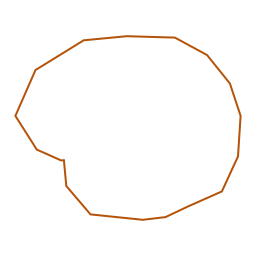 the district of Kaoze, Katanga, Democratic Republic of the Congo
{"feature_id": "63176286B47747519497786", "entity_name": "Kaoze", "entity_type": "district", "adm_level": 2, "iso_a3": "COD", "parent_name": "Democratic Republic of the Congo", "parent_adm1": "Katanga", "projection": "orthographic", "projection_center": [29.779, -7.047], "detail": "fine", "context": "isolated", "style": "outline", "palette": "amber", "viewbox_px": 256, "rotation_deg": 0, "n_neighbors": 0, "source": "geoboundaries", "source_scale": "gbopen_adm2", "svg_char_len": 341}
<svg xmlns="http://www.w3.org/2000/svg" viewBox="0 0 256 256"><path d="M238.0,156.4L240.6,115.9L229.9,83.5L207.1,55.1L174.9,37.6L126.7,36.2L83.7,40.3L35.5,70.0L15.4,115.9L36.8,149.6L61.0,160.4L63.9,160.2L66.3,186.0L90.5,214.4L142.8,219.8L165.5,217.1L188.3,206.3L221.9,191.4L238.0,156.4Z" fill="none" stroke="#b45309" stroke-width="2"/></svg>